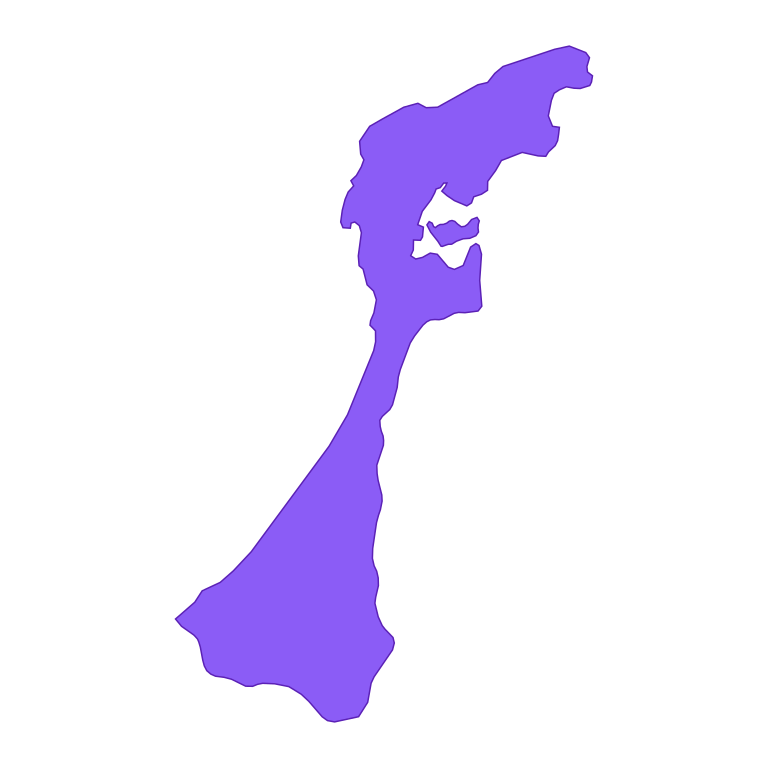 Ishikawa, Albers equal-area conic projection
{"feature_id": "JPN-1842", "entity_name": "Ishikawa", "entity_type": "Prefecture", "adm_level": 1, "iso_a3": "JPN", "parent_name": "Japan", "parent_adm1": "", "projection": "albers", "projection_center": [136.851, 36.797], "detail": "fine", "context": "isolated", "style": "filled", "palette": "violet", "viewbox_px": 768, "rotation_deg": 0, "n_neighbors": 0, "source": "natural_earth", "source_scale": "10m", "svg_char_len": 2779}
<svg xmlns="http://www.w3.org/2000/svg" viewBox="0 0 768 768"><path d="M175.5,619.0L194.8,602.2L202.2,590.8L220.2,582.4L233.4,570.8L251.2,551.8L329.1,446.2L347.5,414.8L373.7,350.6L375.6,341.8L375.5,330.9L372.9,328.1L370.0,325.2L370.6,320.7L373.9,312.9L376.4,299.8L373.5,291.0L367.1,284.8L363.1,269.1L359.1,265.7L358.3,255.9L361.4,232.7L359.3,225.6L354.8,222.0L351.1,223.1L350.3,228.2L343.0,227.7L340.7,222.0L342.3,210.2L345.1,199.4L348.2,192.0L353.7,185.9L350.9,180.7L356.4,175.5L361.3,166.9L363.9,159.8L360.7,154.1L359.6,141.3L369.7,126.3L382.4,119.0L403.8,107.2L417.9,103.3L426.2,107.7L437.6,107.2L477.8,84.8L487.6,82.5L494.8,73.4L503.0,66.5L554.6,49.3L569.3,46.1L585.8,52.6L589.5,57.7L586.9,66.6L587.5,72.0L592.5,75.8L591.5,82.0L589.8,85.5L580.2,88.5L573.9,88.2L566.4,86.8L559.4,89.8L554.1,93.3L551.4,100.4L548.3,115.9L552.5,126.3L559.4,127.3L558.6,134.3L557.6,140.7L555.2,145.6L548.5,151.9L545.8,156.3L538.1,155.9L522.2,152.4L501.4,160.5L495.6,170.6L487.7,181.4L487.5,190.3L481.5,194.2L473.7,196.8L471.5,202.9L466.8,205.9L454.4,200.6L447.0,195.6L441.8,191.1L445.6,186.1L446.9,183.0L443.7,183.1L440.3,187.6L436.1,189.0L434.7,192.8L431.0,199.8L422.3,211.3L417.7,224.7L423.4,227.1L422.5,236.9L420.5,240.3L413.5,240.0L413.3,250.0L410.7,255.7L415.7,259.0L422.5,257.4L430.2,253.1L437.3,254.3L448.2,267.2L454.4,269.4L463.2,265.5L470.6,247.1L475.9,243.6L479.0,245.5L481.5,254.2L479.7,280.4L481.8,306.2L478.1,311.0L477.5,311.1L465.0,312.7L458.6,312.4L454.2,313.3L443.7,318.8L439.1,319.7L434.9,319.5L430.5,319.9L426.7,321.8L422.9,325.2L414.6,335.9L410.2,343.0L400.3,369.5L398.3,377.0L397.2,387.4L392.5,404.8L389.8,409.5L382.3,416.4L379.8,420.3L380.2,426.4L381.3,431.2L383.1,436.0L383.6,440.5L383.4,445.3L376.8,465.2L377.1,473.5L378.1,480.3L381.8,495.0L382.1,501.1L380.4,509.7L378.5,515.2L376.5,522.6L372.7,548.5L372.4,558.4L374.1,565.8L376.7,571.2L378.2,577.9L378.4,585.6L375.7,597.2L374.9,603.2L378.2,616.8L382.2,625.6L385.0,629.2L393.0,637.5L394.3,643.0L392.5,649.9L374.1,676.8L371.1,683.2L367.7,702.3L358.6,716.7L334.6,721.9L327.5,720.6L322.2,716.8L308.8,701.3L301.2,694.2L288.8,686.6L274.7,683.8L262.7,683.3L257.6,684.3L252.7,686.3L245.7,686.2L231.4,679.2L224.1,677.3L215.5,676.2L210.8,674.1L206.8,670.7L204.3,665.9L202.8,660.3L200.3,647.0L198.8,642.0L197.5,639.0L195.1,636.3L193.7,634.9L181.5,626.3L180.8,625.4L175.5,619.0ZM479.3,220.9L478.3,224.2L478.0,228.0L478.5,232.0L475.9,235.7L469.8,238.3L463.1,238.8L456.5,241.2L451.7,244.2L448.2,244.3L442.3,246.4L441.0,246.2L437.8,241.2L430.7,232.2L426.9,224.9L429.2,221.6L432.2,223.2L433.6,226.6L435.4,227.6L437.6,225.8L440.1,224.5L443.4,224.4L446.7,223.2L449.4,221.1L452.0,220.5L454.8,221.4L457.6,224.1L461.3,226.8L464.8,226.3L467.6,224.3L471.6,219.5L477.0,217.4L479.3,220.9Z" fill="#8b5cf6" stroke="#5b21b6" stroke-width="1.5"/></svg>